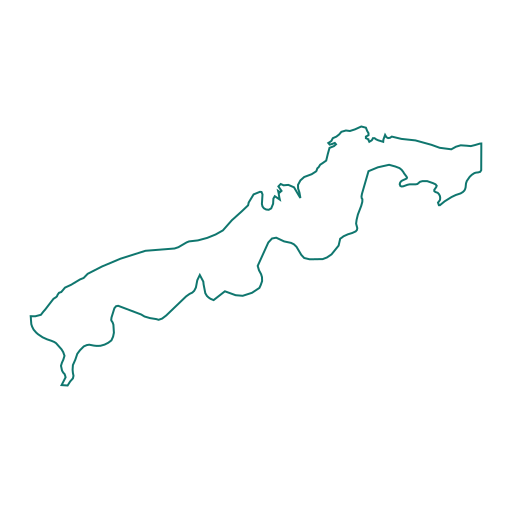 the Province of Colón
{"feature_id": "PAN-1337", "entity_name": "Colón", "entity_type": "Province", "adm_level": 1, "iso_a3": "PAN", "parent_name": "Panama", "parent_adm1": "", "projection": "orthographic", "projection_center": [-79.901, 9.122], "detail": "fine", "context": "isolated", "style": "outline", "palette": "teal", "viewbox_px": 512, "rotation_deg": 0, "n_neighbors": 0, "source": "natural_earth", "source_scale": "10m", "svg_char_len": 3707}
<svg xmlns="http://www.w3.org/2000/svg" viewBox="0 0 512 512"><path d="M102.2,266.4L120.5,258.7L145.4,250.8L174.5,248.5L178.4,247.2L186.6,242.4L189.1,241.4L197.9,240.4L207.2,237.9L215.6,234.5L222.9,230.4L231.9,220.2L241.7,211.4L248.1,205.3L248.7,202.5L253.6,194.4L260.0,191.8L261.5,192.0L262.5,194.4L261.9,204.0L262.5,206.5L263.9,208.3L266.1,209.5L268.7,209.8L271.2,208.4L273.1,203.8L273.4,198.6L274.8,196.2L279.8,199.6L279.3,197.4L278.6,193.0L278.1,190.9L278.7,191.3L279.8,192.4L281.5,190.9L278.4,186.4L280.7,184.0L283.6,185.3L288.4,184.9L294.0,187.3L298.6,195.1L300.4,198.0L299.4,192.4L298.1,188.5L298.0,184.9L300.4,180.4L304.2,177.0L311.7,174.2L315.9,171.5L316.5,170.8L317.1,168.9L317.6,168.0L318.5,167.4L320.2,164.7L322.5,163.2L326.2,160.6L327.8,154.0L329.5,147.9L334.0,146.1L336.0,144.3L334.8,142.9L332.0,144.0L329.7,144.6L328.3,143.0L329.9,142.0L331.4,140.9L332.8,138.2L336.4,136.6L339.2,134.4L341.4,131.8L345.9,130.5L349.9,131.0L354.9,129.4L361.3,126.5L365.9,127.7L367.1,130.8L368.5,133.2L368.5,135.2L365.9,136.6L365.9,138.2L368.4,139.3L368.4,139.9L369.3,141.8L370.6,141.0L371.5,140.5L372.2,139.7L372.9,138.2L374.6,138.2L376.2,139.4L378.2,140.3L383.2,141.8L383.4,139.6L385.1,134.9L386.4,137.2L388.1,138.1L390.0,137.8L391.8,136.6L401.4,138.9L415.4,140.4L431.4,144.8L439.7,147.8L451.3,149.3L456.0,146.7L460.7,145.3L466.5,145.7L470.8,146.1L475.2,145.0L479.9,143.6L481.3,143.5L481.3,148.8L481.2,170.2L480.2,171.8L478.2,172.4L476.1,172.6L474.4,173.1L471.8,174.8L469.7,176.8L466.8,181.0L466.0,183.4L465.6,187.4L465.1,189.1L464.4,190.5L462.9,192.0L460.6,193.4L455.8,195.0L451.6,197.0L444.7,201.3L439.9,205.2L438.9,205.2L438.0,202.6L439.8,200.3L440.1,199.2L440.2,197.7L439.9,196.0L439.0,194.2L437.7,192.8L435.4,192.0L434.3,191.1L434.3,189.8L436.2,187.1L436.7,185.8L435.5,184.3L432.9,183.1L427.1,181.1L422.6,181.1L420.0,181.8L417.4,184.0L415.8,184.3L409.8,184.3L407.4,184.8L403.3,186.3L401.6,186.5L400.4,186.0L399.7,184.2L400.1,182.7L401.0,181.4L402.3,180.5L405.4,179.1L406.6,178.5L407.0,177.7L406.6,176.7L404.1,173.4L403.3,172.0L401.6,169.8L399.5,168.1L395.3,166.5L389.1,164.8L377.9,167.3L368.5,171.2L362.0,193.7L361.5,196.4L361.7,198.2L362.4,199.2L362.3,201.9L361.2,205.9L357.9,214.5L356.6,219.8L356.1,223.6L357.3,228.2L356.9,230.0L355.7,231.4L352.2,233.0L347.9,234.3L343.5,236.3L341.7,237.7L340.2,238.7L338.6,245.6L331.5,254.4L326.9,257.5L322.7,259.1L309.7,259.3L304.2,258.0L301.3,254.9L296.5,246.8L293.9,244.3L291.1,242.9L284.1,241.4L276.2,237.7L272.0,238.5L268.3,242.5L257.7,265.9L259.0,270.3L261.1,274.2L262.0,277.2L262.1,281.1L260.7,285.1L259.4,287.9L252.0,292.8L242.7,295.8L235.6,295.2L224.9,291.3L213.6,300.1L210.5,298.8L208.6,297.5L206.9,295.9L205.3,293.2L203.6,284.4L203.3,281.6L199.8,275.0L197.3,280.2L195.9,287.5L194.2,290.8L192.3,292.6L189.6,293.9L186.1,296.4L166.2,315.5L162.1,318.6L158.6,319.8L156.3,319.1L150.0,318.1L144.5,316.5L141.2,314.5L118.2,305.8L116.1,306.2L114.4,308.2L111.5,317.5L111.2,320.0L111.7,321.1L112.6,322.4L113.4,324.7L113.9,332.7L113.1,336.6L111.4,340.4L108.2,342.8L104.6,344.6L100.4,345.8L96.7,345.9L93.9,345.6L89.2,344.7L86.8,345.1L83.8,346.4L80.0,350.2L77.3,353.8L75.3,359.7L72.9,365.1L72.6,369.8L72.9,372.9L73.5,375.8L72.9,378.4L70.2,381.4L67.6,385.5L61.6,385.1L65.6,377.3L65.1,375.5L64.6,374.1L63.2,372.6L62.0,370.5L61.0,365.8L61.9,362.8L63.3,359.7L64.5,355.8L63.2,352.1L61.5,349.3L56.1,343.2L54.3,342.0L51.4,340.8L47.0,339.3L42.6,337.3L38.0,334.2L36.2,332.6L33.6,329.6L32.1,326.6L31.3,324.2L30.9,319.0L30.9,318.3L30.7,316.2L35.2,316.3L40.9,314.8L43.3,311.7L45.4,309.3L50.7,302.4L53.5,298.8L56.0,297.2L56.9,296.4L57.7,294.6L59.0,292.8L61.3,292.0L65.0,287.6L70.9,284.9L80.1,279.4L83.6,278.0L87.7,273.8L102.2,266.4Z" fill="none" stroke="#0f766e" stroke-width="2"/></svg>